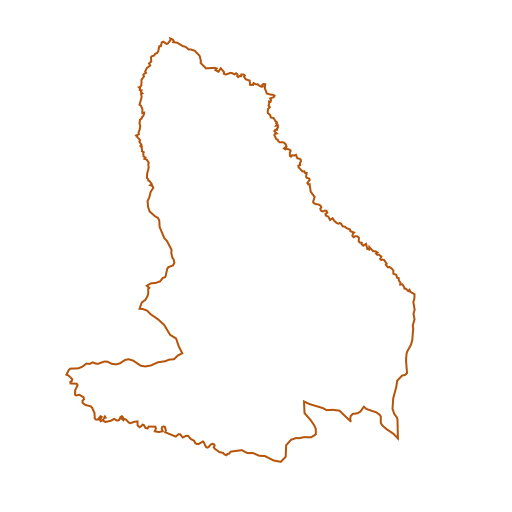 the district of União do Sul, Mato Grosso, Brazil, rotated 279°
{"feature_id": "56859067B54495236199996", "entity_name": "União do Sul", "entity_type": "district", "adm_level": 2, "iso_a3": "BRA", "parent_name": "Brazil", "parent_adm1": "Mato Grosso", "projection": "robinson", "projection_center": [-54.31, -11.533], "detail": "fine", "context": "isolated", "style": "outline", "palette": "amber", "viewbox_px": 512, "rotation_deg": 279, "n_neighbors": 0, "source": "geoboundaries", "source_scale": "gbopen_adm2", "svg_char_len": 6047}
<svg xmlns="http://www.w3.org/2000/svg" viewBox="0 0 512 512"><g transform="rotate(279 256 256)"><path d="M56.6,312.7L62.3,316.7L73.8,315.4L80.0,319.4L82.4,323.9L82.8,327.1L84.5,331.5L85.6,338.9L89.2,343.0L94.6,342.1L98.1,339.8L102.4,335.7L108.4,328.5L119.8,326.2L118.1,332.0L116.2,346.0L114.8,349.8L116.1,356.0L116.3,362.6L107.2,375.7L109.1,374.6L112.7,374.5L115.1,376.2L116.6,380.9L118.7,383.5L124.0,386.1L122.1,389.2L120.4,399.3L118.5,403.0L117.1,404.3L110.5,405.4L108.3,407.4L105.2,412.4L101.9,419.6L98.0,424.7L116.7,421.3L118.5,420.5L121.6,417.3L126.5,414.7L137.0,413.8L148.1,415.0L155.0,415.0L160.8,419.0L161.7,421.6L163.9,423.5L176.4,420.5L182.6,420.0L185.0,420.2L192.5,422.9L197.3,423.5L209.2,422.6L211.7,421.7L218.2,422.5L223.4,420.6L227.8,421.1L235.1,418.6L238.7,419.1L243.1,418.5L244.7,414.1L246.6,412.9L245.1,411.9L247.1,409.3L247.0,407.7L248.5,407.2L250.9,405.0L250.3,402.9L252.4,402.8L254.2,400.9L256.5,400.4L256.6,398.8L259.3,397.5L260.0,394.4L263.0,394.0L264.5,392.5L266.1,389.6L265.4,388.2L266.4,386.9L267.6,385.6L268.8,386.3L272.0,383.2L272.3,381.8L271.6,380.3L272.5,379.1L275.0,379.9L276.5,377.3L276.2,375.4L277.2,374.2L278.5,375.4L279.3,373.4L279.1,370.8L282.6,366.5L280.1,366.7L280.4,364.8L285.2,362.8L283.0,360.4L284.0,358.6L285.6,358.4L285.5,356.5L286.4,355.2L290.2,354.8L291.2,353.0L291.2,351.2L289.8,349.5L291.1,348.0L293.2,348.3L294.5,349.2L295.2,345.3L296.9,344.8L297.7,341.1L298.8,339.2L298.9,336.9L301.2,335.0L301.7,333.5L300.8,332.4L301.2,330.5L303.1,327.6L305.3,325.8L303.2,323.5L306.2,321.2L306.9,318.6L308.5,318.0L309.9,319.7L311.7,318.5L311.5,316.6L310.4,315.0L311.0,313.0L312.6,312.1L314.3,312.9L315.8,311.9L316.7,309.3L316.6,307.1L317.2,304.8L318.4,303.9L323.4,304.7L328.2,299.9L335.3,297.7L334.9,296.4L336.1,295.3L339.6,297.1L340.8,296.4L341.2,293.7L342.4,293.0L345.9,293.1L345.8,291.3L347.2,290.6L346.8,288.6L350.3,284.2L351.9,283.7L352.7,285.4L354.7,284.8L356.5,285.6L358.1,285.1L358.8,283.9L359.0,281.5L362.2,279.6L361.2,278.1L361.2,276.0L359.6,275.0L360.3,273.8L363.5,273.3L365.3,273.8L366.2,272.8L366.8,269.6L365.9,268.3L366.6,266.8L369.1,269.0L370.9,267.9L372.3,266.1L372.5,264.1L372.0,261.8L372.8,260.2L374.3,259.2L374.7,257.6L378.3,255.2L379.7,255.7L380.3,257.3L382.2,254.6L383.7,255.3L383.9,257.0L385.2,256.7L386.2,257.6L388.2,257.2L387.9,255.5L389.3,256.5L390.3,255.1L391.4,255.7L392.3,254.1L395.0,251.8L395.1,248.9L397.5,247.9L398.9,245.5L400.9,244.9L403.1,244.9L405.2,246.4L406.5,244.8L408.5,245.2L410.7,244.7L410.5,246.2L412.3,246.5L413.8,245.3L415.7,248.7L417.1,249.3L417.9,247.8L417.7,245.0L418.2,241.3L423.0,238.5L427.1,238.2L427.0,236.4L426.0,235.4L424.6,236.3L424.0,234.9L425.0,232.0L425.9,230.9L425.5,229.0L426.4,226.5L424.5,226.3L424.1,223.4L428.3,222.3L428.9,218.2L431.1,216.1L432.5,216.8L433.3,215.5L433.0,213.1L431.3,213.1L431.1,211.5L429.9,210.4L430.8,209.3L432.4,209.3L433.4,207.8L432.0,206.1L432.9,203.9L432.9,202.2L430.5,197.6L431.0,195.7L432.6,195.7L435.9,191.8L432.1,190.1L433.3,186.8L435.1,187.8L435.4,185.9L433.5,177.2L438.0,171.1L440.2,171.0L444.9,169.0L449.1,163.4L449.8,159.4L449.5,157.1L451.6,153.8L451.8,150.9L454.4,144.7L454.2,140.8L455.4,141.2L456.8,139.8L457.4,137.3L456.1,137.9L452.1,135.7L451.5,134.4L453.2,131.0L452.3,129.5L448.3,129.2L448.1,127.7L442.9,127.4L441.0,126.5L439.8,124.7L438.1,124.1L437.1,122.0L435.9,121.2L431.6,122.1L429.5,120.2L427.5,121.7L424.5,118.7L420.9,117.7L419.7,118.7L418.5,117.1L417.2,116.4L415.8,117.3L412.2,115.3L406.8,116.1L405.0,115.3L404.3,114.0L403.5,115.2L401.8,115.2L401.7,117.1L400.0,116.7L398.9,118.3L398.1,117.1L395.2,118.2L387.1,117.3L386.6,118.7L383.4,120.8L379.4,121.4L380.1,123.1L378.9,123.2L376.6,122.7L375.3,121.6L373.9,121.6L372.5,120.1L368.7,120.2L366.6,121.3L363.4,121.4L359.5,120.7L357.9,121.3L356.2,118.7L352.3,123.4L350.7,122.9L347.9,125.5L346.7,124.7L346.1,126.2L344.9,125.9L343.5,126.8L341.7,126.9L340.9,128.9L339.7,128.6L336.8,129.3L336.0,131.3L334.5,130.6L334.2,132.9L331.3,135.5L329.4,135.3L326.6,136.2L320.5,135.6L316.0,136.1L315.1,137.3L313.8,137.7L313.3,139.2L310.7,141.8L309.4,140.5L308.9,142.9L307.3,143.9L302.7,141.9L296.8,141.4L293.5,140.3L287.9,141.6L283.4,143.9L279.6,149.8L278.2,153.3L275.9,154.9L269.5,156.3L259.2,162.7L256.9,165.7L248.9,171.6L245.6,171.9L241.4,173.6L239.5,175.3L236.7,176.4L233.8,175.6L231.3,171.2L229.3,170.3L221.9,169.9L220.7,169.3L219.7,167.3L216.0,165.3L213.7,161.1L212.6,156.6L209.5,152.8L207.8,155.6L206.6,154.7L202.0,155.4L199.4,155.1L195.5,153.7L192.3,150.5L185.7,149.2L185.9,152.6L185.0,157.1L182.0,161.0L178.0,169.4L173.4,176.2L164.7,183.5L162.0,190.0L154.4,194.0L148.4,198.4L145.5,194.4L141.2,191.1L140.0,186.3L137.9,182.9L135.7,175.8L131.5,169.4L129.6,164.0L129.6,159.3L133.4,151.2L134.1,146.5L133.0,143.2L128.6,138.2L127.1,134.9L126.9,130.6L128.4,125.7L128.0,122.7L124.9,117.0L124.6,114.9L125.4,111.4L123.5,108.8L123.1,105.2L119.5,101.8L117.2,98.0L115.7,90.2L114.3,89.0L109.1,87.3L108.6,89.5L105.5,93.8L103.8,93.6L102.6,92.3L101.1,92.7L101.8,98.9L100.6,100.0L95.1,98.4L90.8,98.9L90.1,100.2L91.3,103.3L89.4,107.9L87.5,108.5L86.0,107.3L83.9,107.6L82.2,110.6L81.7,116.1L80.6,117.8L75.8,121.0L70.2,122.2L69.4,123.7L69.7,125.4L73.4,127.4L73.0,128.8L69.8,127.4L68.5,128.6L70.6,130.8L69.1,131.5L68.5,133.3L70.6,138.5L72.9,141.3L71.7,144.5L72.5,146.4L75.8,147.4L76.8,148.6L75.9,149.7L74.1,149.0L73.1,150.7L74.5,151.1L74.1,153.2L71.6,156.4L71.2,158.1L73.1,161.5L74.1,164.8L70.1,165.6L68.7,167.8L70.2,169.5L71.7,170.3L71.5,171.7L68.8,173.8L68.7,175.9L70.7,176.6L71.7,183.3L69.9,184.1L67.0,183.5L66.9,187.5L68.3,191.2L71.0,189.8L72.3,190.0L73.2,191.4L72.9,192.8L69.7,194.2L67.7,193.9L65.1,205.0L67.9,207.4L68.0,208.9L65.3,212.1L67.5,215.2L67.7,217.1L65.1,220.1L63.8,223.9L61.9,225.0L61.1,226.7L61.3,228.7L64.5,232.6L63.7,233.7L59.7,236.3L59.1,237.7L59.7,238.9L62.7,240.8L63.7,242.3L63.4,244.1L62.3,244.8L60.4,244.1L58.9,245.9L56.6,250.5L56.4,254.4L55.1,255.8L54.6,258.0L56.0,258.8L56.5,260.3L58.8,261.6L62.0,272.2L60.0,278.4L60.9,284.0L59.2,290.4L59.8,296.0L56.8,305.4L56.6,312.7ZM72.1,131.3L73.8,131.9L72.8,132.7L72.1,131.3Z" fill="none" stroke="#b45309" stroke-width="2"/></g></svg>